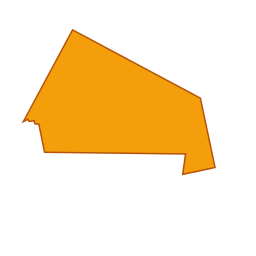 outline of Live Oak, Texas, United States of America, rotated 118°
{"feature_id": "52423323B21847190963699", "entity_name": "Live Oak", "entity_type": "district", "adm_level": 2, "iso_a3": "USA", "parent_name": "United States of America", "parent_adm1": "Texas", "projection": "orthographic", "projection_center": [-98.0, 28.422], "detail": "fine", "context": "isolated", "style": "filled", "palette": "amber", "viewbox_px": 256, "rotation_deg": 118, "n_neighbors": 0, "source": "geoboundaries", "source_scale": "gbopen_adm2", "svg_char_len": 344}
<svg xmlns="http://www.w3.org/2000/svg" viewBox="0 0 256 256"><g transform="rotate(118 128 128)"><path d="M171.5,223.4L167.3,220.5L168.6,218.4L165.6,214.2L168.0,212.3L166.6,208.4L186.5,192.0L188.6,190.3L123.9,65.0L143.3,57.9L122.0,32.6L67.7,78.1L67.4,223.0L90.2,223.1L171.5,223.4Z" fill="#f59e0b" stroke="#b45309" stroke-width="1.5"/></g></svg>